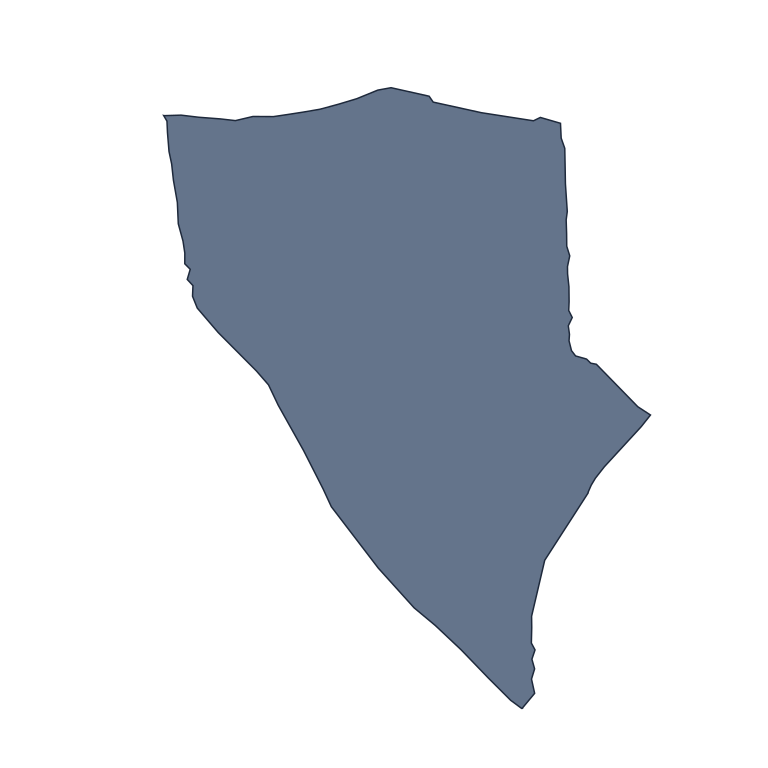 Delami, South Kordufan, Sudan, rotated 281°
{"feature_id": "16777658B3840179969595", "entity_name": "Delami", "entity_type": "district", "adm_level": 2, "iso_a3": "SDN", "parent_name": "Sudan", "parent_adm1": "South Kordufan", "projection": "orthographic", "projection_center": [30.319, 11.667], "detail": "fine", "context": "isolated", "style": "filled", "palette": "slate", "viewbox_px": 768, "rotation_deg": 281, "n_neighbors": 0, "source": "geoboundaries", "source_scale": "gbopen_adm2", "svg_char_len": 1364}
<svg xmlns="http://www.w3.org/2000/svg" viewBox="0 0 768 768"><g transform="rotate(281 384 384)"><path d="M668.9,427.8L670.1,378.5L675.1,373.4L676.2,334.4L671.3,321.8L658.9,302.9L650.2,286.4L641.5,268.7L635.3,252.3L630.3,238.4L625.4,224.5L621.6,204.3L614.2,187.9L613.0,172.7L610.5,151.2L609.2,133.5L605.5,117.1L605.5,116.5L600.6,120.8L589.4,123.5L571.2,128.6L559.4,133.6L543.9,138.4L522.8,146.5L502.0,151.5L486.0,159.4L474.5,163.5L464.0,165.5L459.6,171.9L449.1,170.9L444.1,177.7L433.6,179.3L422.9,186.2L415.2,195.9L402.9,211.4L372.5,256.2L361.1,270.8L343.0,284.2L303.4,317.7L269.3,344.3L253.5,355.7L229.7,382.5L202.2,413.5L170.0,456.3L156.7,480.5L137.8,510.4L115.3,542.5L97.6,568.8L91.9,580.8L91.9,581.0L91.8,581.3L92.2,581.8L92.3,581.7L92.5,581.8L109.1,590.9L122.5,585.1L133.1,586.2L142.1,581.7L151.8,583.0L157.8,578.1L173.1,575.5L184.2,573.2L241.6,575.4L279.1,590.4L287.8,593.9L316.1,605.2L316.6,605.0L324.2,606.7L331.9,609.5L344.8,616.1L391.3,644.7L404.4,651.5L410.1,637.5L443.9,588.7L443.9,582.9L447.1,578.1L448.1,566.7L452.5,561.7L461.7,557.4L468.1,556.6L476.3,553.8L485.2,556.1L491.4,551.3L500.1,550.0L514.7,547.0L527.1,543.2L534.3,541.7L545.2,541.9L554.1,537.1L566.3,534.6L579.9,531.5L588.3,531.0L615.1,523.9L629.7,520.8L649.8,516.5L659.2,511.0L673.6,507.5L675.5,486.6L670.9,480.5L668.9,427.8Z" fill="#64748b" stroke="#1e293b" stroke-width="1.5"/></g></svg>